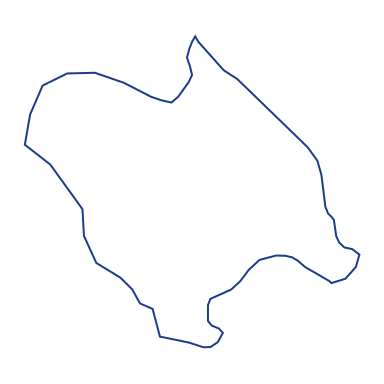 map outline of Karuzi (Mercator projection), rotated 269°
{"feature_id": "BDI-2633", "entity_name": "Karuzi", "entity_type": "Province", "adm_level": 1, "iso_a3": "BDI", "parent_name": "Burundi", "parent_adm1": "", "projection": "mercator", "projection_center": [30.088, -3.137], "detail": "fine", "context": "isolated", "style": "outline", "palette": "blue", "viewbox_px": 384, "rotation_deg": 269, "n_neighbors": 0, "source": "natural_earth", "source_scale": "10m", "svg_char_len": 920}
<svg xmlns="http://www.w3.org/2000/svg" viewBox="0 0 384 384"><g transform="rotate(269 192 192)"><path d="M48.0,157.4L75.7,150.6L81.5,138.1L95.7,130.5L107.6,118.9L122.7,95.1L150.0,83.2L176.7,82.2L221.9,50.8L242.2,25.7L272.3,31.5L301.0,44.5L312.7,69.2L312.9,97.0L302.4,125.7L287.9,152.8L284.3,162.8L281.8,173.0L287.4,179.8L301.9,190.6L309.0,194.1L317.6,192.2L326.5,189.3L336.0,192.1L342.7,195.0L347.5,197.9L342.0,201.0L313.2,225.8L304.1,239.3L234.7,308.4L221.1,317.9L206.8,321.7L174.9,325.1L168.1,327.7L165.0,330.8L161.6,333.4L145.5,335.4L138.8,338.3L133.9,343.4L132.1,351.2L126.5,358.3L114.3,354.6L102.6,343.9L98.5,329.8L100.7,327.5L115.1,303.6L121.4,296.7L125.0,290.8L126.6,284.1L127.0,274.9L122.9,258.3L113.2,247.4L102.2,238.9L93.8,229.5L84.9,208.6L78.7,206.0L62.8,205.7L58.1,209.4L55.1,216.4L50.6,220.4L41.5,215.2L36.7,207.9L36.5,200.9L41.5,186.2L48.0,157.4Z" fill="none" stroke="#1e3a8a" stroke-width="2"/></g></svg>